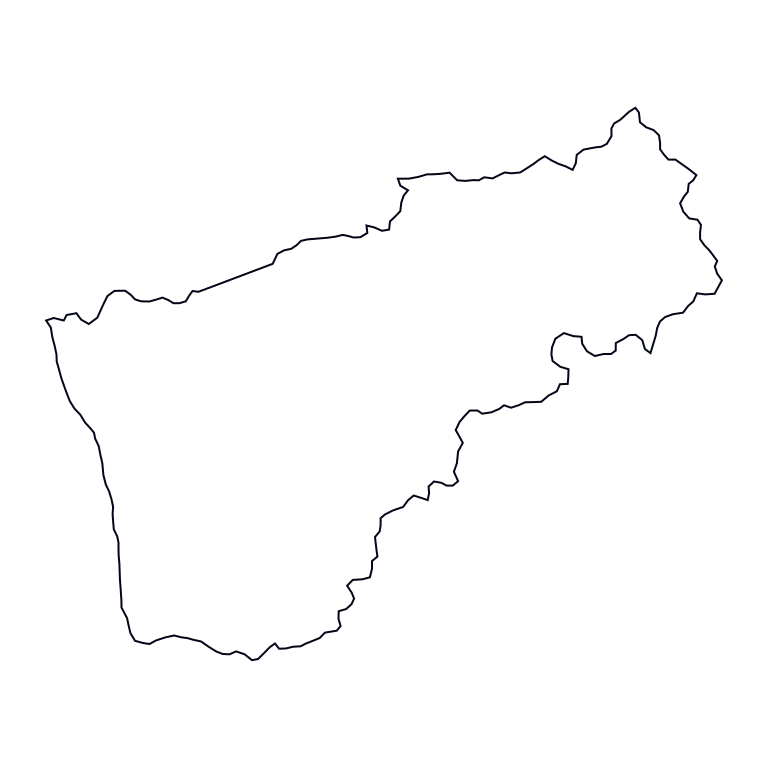 the district of Itabirito, Minas Gerais, Brazil
{"feature_id": "56859067B46575317431952", "entity_name": "Itabirito", "entity_type": "district", "adm_level": 2, "iso_a3": "BRA", "parent_name": "Brazil", "parent_adm1": "Minas Gerais", "projection": "orthographic", "projection_center": [-43.791, -20.255], "detail": "fine", "context": "isolated", "style": "outline", "palette": "ink", "viewbox_px": 768, "rotation_deg": 0, "n_neighbors": 0, "source": "geoboundaries", "source_scale": "gbopen_adm2", "svg_char_len": 3510}
<svg xmlns="http://www.w3.org/2000/svg" viewBox="0 0 768 768"><path d="M65.6,390.2L69.7,400.9L74.4,408.5L80.3,414.7L85.1,422.6L90.4,428.3L94.0,432.7L95.1,438.5L98.7,446.1L100.4,454.9L102.3,463.1L103.4,475.1L105.8,484.5L109.1,491.4L111.4,499.0L113.1,506.7L112.6,514.3L113.2,522.1L113.8,529.4L117.2,536.3L118.5,542.5L118.5,549.4L118.7,556.1L119.4,563.8L119.7,572.6L120.0,580.5L120.6,588.1L121.4,600.4L121.5,607.5L124.4,613.1L127.1,618.2L128.6,625.5L130.4,633.0L135.0,640.8L143.4,643.1L149.5,644.0L155.9,640.5L165.6,637.3L174.2,635.5L181.3,637.3L187.4,638.1L193.4,639.8L201.1,641.5L209.2,647.1L216.3,651.5L222.8,654.0L229.5,654.3L236.1,651.4L244.6,654.3L252.0,660.2L258.1,659.0L264.1,653.0L269.9,647.1L275.0,643.5L279.1,648.7L285.7,648.5L293.2,646.7L300.5,646.3L305.8,643.6L312.9,640.8L319.7,638.0L325.0,632.6L331.2,631.6L336.7,630.7L340.6,626.0L338.5,618.8L338.7,611.2L346.2,609.0L351.5,604.2L354.1,598.6L351.7,592.7L347.1,585.7L352.8,579.9L362.4,579.3L369.9,577.3L372.0,568.7L372.0,561.0L377.4,556.6L376.1,546.8L375.0,537.0L379.7,531.4L380.6,525.4L380.6,518.2L385.1,514.4L393.0,510.4L403.2,506.9L408.0,500.3L413.7,495.5L421.2,497.9L427.7,500.1L429.1,493.1L428.6,486.5L434.0,481.5L441.3,482.8L446.6,485.6L452.8,485.6L458.1,481.1L453.9,471.8L456.9,463.2L458.1,451.4L462.8,442.9L459.2,436.2L455.7,430.1L459.6,421.9L464.3,416.3L469.8,410.5L477.5,410.5L482.2,413.7L491.4,412.3L499.3,408.9L504.0,405.3L511.1,407.7L519.0,405.1L525.0,402.3L533.2,402.1L541.2,401.8L548.6,395.5L556.8,391.3L560.0,384.2L567.7,383.9L568.3,376.6L568.5,369.2L560.3,366.8L552.6,361.0L551.4,354.4L552.0,347.4L555.4,338.7L563.9,333.1L573.3,336.1L581.5,336.8L582.2,343.7L586.9,351.2L594.8,356.0L603.6,354.0L611.0,354.0L615.7,350.6L615.8,343.0L623.1,339.2L629.0,335.2L635.7,334.8L642.3,340.2L644.9,349.0L650.5,353.1L653.2,344.0L655.6,336.2L657.3,327.6L660.0,321.5L665.0,317.1L673.0,314.2L683.0,312.7L688.0,306.1L693.3,301.4L696.9,293.3L705.0,294.4L714.6,293.8L718.0,287.5L721.9,280.3L717.2,273.7L714.8,266.5L717.2,260.9L712.8,254.9L709.2,250.2L704.3,245.2L700.1,239.2L700.1,232.2L701.0,225.0L697.5,219.7L689.2,218.4L683.4,211.8L680.1,203.3L684.2,196.2L687.8,191.8L688.7,183.9L693.1,180.4L696.4,175.1L688.1,168.6L681.9,164.2L675.4,159.6L668.4,159.6L663.7,154.3L660.1,149.3L660.1,143.0L659.0,135.3L653.6,130.1L646.2,127.3L640.0,122.3L638.9,112.5L635.3,107.8L628.9,111.9L620.4,119.7L614.1,123.5L611.4,128.5L611.5,136.1L606.8,143.9L601.4,146.7L595.9,147.3L590.3,148.3L583.5,149.6L576.7,154.9L575.8,163.3L572.6,169.9L566.0,166.5L558.1,163.7L551.7,160.5L544.8,156.2L538.9,159.9L533.6,163.9L526.8,168.3L520.1,172.5L511.4,173.3L504.7,172.5L499.6,174.9L492.6,178.4L484.3,177.3L478.8,180.3L473.2,180.1L465.5,180.9L457.2,180.3L449.6,172.7L439.9,173.9L432.7,174.3L427.2,174.3L418.3,176.9L408.6,178.7L397.9,178.7L400.3,185.7L408.0,190.3L403.8,195.4L401.3,202.6L400.3,211.1L395.3,216.4L390.0,221.4L389.1,229.6L382.0,230.8L374.2,227.4L366.5,225.5L367.3,233.0L360.3,237.2L353.5,237.5L347.9,235.9L342.6,234.9L335.8,236.6L326.9,237.8L316.0,238.7L307.4,239.4L301.0,240.9L296.5,245.3L291.2,248.8L284.2,250.3L277.4,253.9L272.7,263.8L198.4,291.8L192.5,291.0L189.0,295.9L185.8,301.3L179.5,303.2L173.4,303.2L168.4,300.1L162.5,297.6L157.2,299.3L149.5,301.5L141.0,301.3L135.1,299.4L130.6,294.7L125.1,290.7L114.4,290.9L107.4,296.1L103.0,305.1L97.3,317.7L88.8,324.0L81.1,319.6L76.4,313.2L66.6,315.0L63.8,320.5L53.7,318.0L46.1,320.5L50.8,327.5L52.3,336.9L54.7,346.1L56.5,354.5L56.7,361.4L58.8,368.7L61.4,378.4L65.6,390.2Z" fill="none" stroke="#020617" stroke-width="2"/></svg>